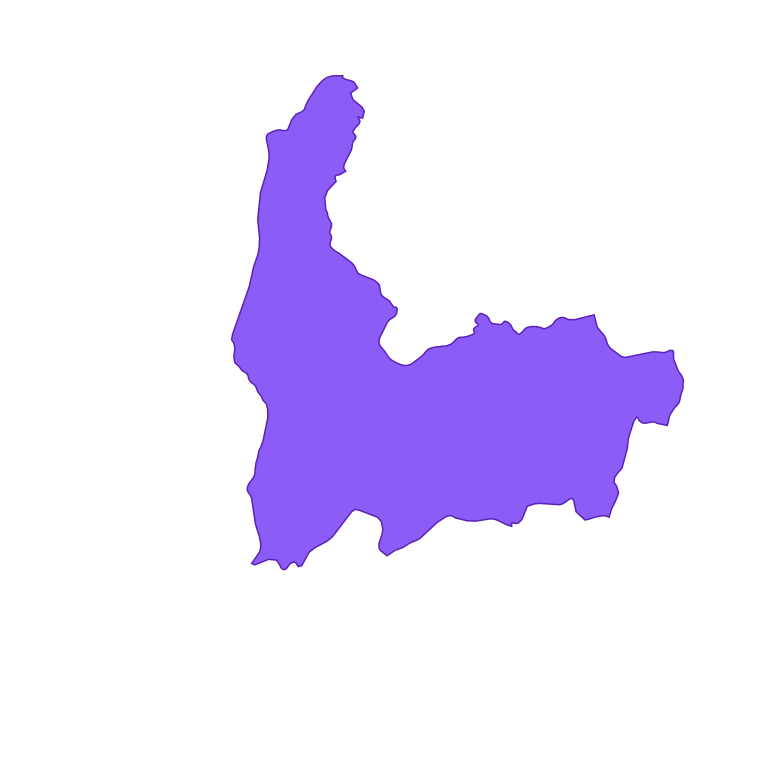 map outline of Bouenza (Natural Earth projection), rotated 43°
{"feature_id": "COG-2626", "entity_name": "Bouenza", "entity_type": "Region", "adm_level": 1, "iso_a3": "COG", "parent_name": "Republic of the Congo", "parent_adm1": "", "projection": "natural_earth1", "projection_center": [13.508, -4.119], "detail": "fine", "context": "isolated", "style": "filled", "palette": "violet", "viewbox_px": 768, "rotation_deg": 43, "n_neighbors": 0, "source": "natural_earth", "source_scale": "10m", "svg_char_len": 4694}
<svg xmlns="http://www.w3.org/2000/svg" viewBox="0 0 768 768"><g transform="rotate(43 384 384)"><path d="M495.0,508.2L492.4,507.4L489.2,504.2L485.2,495.5L482.5,491.4L476.1,486.5L470.2,485.8L451.9,493.2L448.6,495.3L447.4,499.2L450.5,531.4L449.5,537.8L445.0,551.3L444.0,558.6L447.8,573.0L445.9,575.9L443.8,575.6L441.4,574.8L439.0,576.2L437.8,579.9L438.6,586.0L437.1,588.4L434.6,588.7L428.0,586.5L425.2,586.3L419.2,590.9L412.9,604.3L409.6,605.5L409.6,605.4L409.4,604.2L408.0,594.4L407.5,591.9L406.4,589.4L404.6,586.8L401.7,584.0L396.8,580.5L385.5,574.1L364.6,557.5L362.3,556.6L357.7,555.6L355.7,554.2L354.0,551.7L353.0,548.0L352.4,542.2L351.8,539.7L350.2,536.9L347.2,533.3L344.1,528.8L341.2,523.0L338.3,518.7L336.8,513.9L334.3,508.0L322.1,488.1L315.9,481.6L311.7,478.8L306.9,478.5L302.4,476.6L300.2,476.2L298.0,476.1L295.9,475.3L291.5,473.1L289.4,473.0L285.2,473.5L283.1,473.1L280.9,472.1L279.0,470.7L276.9,470.0L274.7,470.2L272.5,470.8L270.3,470.9L265.6,470.0L261.0,470.2L258.4,468.8L255.4,466.2L250.9,459.9L247.8,457.5L245.3,456.1L243.5,455.9L242.2,455.4L239.3,450.8L218.8,404.3L208.8,387.3L203.4,375.2L199.7,369.4L193.5,362.1L180.5,350.7L178.5,348.6L163.1,328.2L152.7,307.3L146.2,297.5L144.1,295.2L139.6,291.2L130.9,285.1L129.2,283.1L128.5,280.5L130.2,275.8L131.9,272.5L133.7,269.9L135.6,268.4L137.6,267.4L139.2,265.9L140.1,263.6L136.6,254.5L136.0,251.9L135.8,246.5L138.2,241.0L138.6,238.2L135.3,229.2L132.1,212.2L132.0,206.4L132.3,202.8L132.9,200.1L133.6,197.9L136.1,193.9L143.6,186.7L144.5,188.3L148.0,187.5L153.7,184.4L156.3,183.7L162.8,185.4L161.2,193.9L167.3,197.2L178.9,196.5L183.6,198.0L187.0,204.2L183.0,206.5L187.4,208.3L188.4,211.3L188.2,215.5L189.0,220.4L190.1,221.3L193.8,221.8L195.0,222.5L195.8,224.3L196.1,228.0L196.8,229.5L199.2,232.7L200.5,235.0L204.9,250.2L207.1,253.5L210.8,254.6L208.9,261.0L207.7,262.5L206.4,265.0L207.6,266.7L210.8,268.5L210.8,281.0L213.6,288.1L222.5,296.2L225.9,297.4L226.7,298.3L229.4,300.0L236.2,302.5L238.1,304.6L239.2,306.9L240.1,309.1L241.5,310.5L242.7,311.0L244.2,311.6L245.7,312.5L246.8,314.3L247.8,316.5L249.2,318.6L251.3,320.0L254.0,320.3L257.3,320.1L262.5,319.0L277.5,317.4L279.7,317.5L282.1,317.9L289.0,320.7L292.5,320.0L305.3,315.0L309.6,314.4L313.0,314.7L319.4,319.6L321.5,320.7L324.2,320.8L331.3,319.5L336.8,320.8L338.9,321.0L340.6,319.5L342.4,320.1L343.7,321.8L345.2,324.1L345.8,326.6L345.3,329.1L344.6,331.7L344.2,334.2L344.4,336.8L349.2,352.8L350.5,355.3L352.3,357.3L354.3,358.4L356.5,359.0L360.9,359.4L370.2,361.5L373.3,361.3L378.3,360.2L382.5,358.6L386.2,356.7L387.3,355.8L388.9,353.7L390.3,351.0L392.6,338.6L392.7,336.0L392.5,330.9L392.7,328.4L394.0,325.4L396.3,322.0L404.0,313.1L405.9,308.9L406.3,306.0L406.3,303.2L406.4,300.8L407.4,298.4L410.2,295.6L412.5,292.4L414.8,288.0L415.5,285.9L415.4,284.8L413.1,283.7L412.1,282.8L411.9,281.3L412.8,277.3L412.8,276.8L412.4,276.4L411.3,276.2L409.8,276.3L408.4,276.1L407.1,275.3L406.6,273.7L406.2,268.2L406.2,267.4L406.4,266.7L407.3,266.0L408.7,265.4L412.5,264.2L414.7,264.4L416.7,264.8L417.9,265.6L419.3,266.1L421.2,266.0L423.2,265.1L428.0,261.6L429.3,260.2L429.3,256.8L429.7,255.5L432.3,254.5L434.4,254.3L436.4,254.4L440.9,256.0L442.3,256.2L445.2,255.8L446.7,256.2L448.0,256.0L449.2,255.1L449.6,252.2L449.5,247.7L449.8,245.7L451.4,243.1L453.3,240.7L457.3,237.4L459.8,236.0L463.1,234.6L464.1,233.4L465.0,231.5L466.4,227.3L466.6,224.6L466.4,222.5L466.1,220.9L466.3,219.1L466.7,217.6L467.3,215.9L468.4,214.5L469.8,213.0L472.4,211.9L474.5,211.4L479.5,207.1L490.5,190.1L500.7,196.8L503.5,197.4L511.6,198.3L515.1,199.5L519.6,202.1L522.6,203.1L525.2,203.5L537.4,202.2L540.1,201.4L542.3,200.1L558.5,177.4L560.8,175.2L566.6,170.8L568.2,169.0L570.3,164.3L572.3,162.5L574.1,163.3L577.6,167.1L579.5,168.6L590.5,173.8L596.7,175.1L600.8,177.3L602.7,180.1L604.9,182.3L606.4,184.8L608.9,190.2L611.0,193.5L612.4,196.2L612.8,198.7L612.7,203.5L614.1,211.1L615.2,214.0L617.4,217.2L618.7,219.6L619.4,221.4L618.2,221.8L610.9,226.4L608.7,227.0L606.5,228.1L602.5,233.7L599.8,236.2L595.5,236.8L592.7,235.6L591.4,235.8L592.1,240.9L599.8,257.1L606.0,265.4L615.5,283.3L615.6,289.2L616.3,294.7L619.0,298.8L624.5,300.4L629.9,303.7L633.1,311.5L635.8,320.7L639.5,327.9L636.0,329.3L633.6,331.3L629.5,337.0L625.0,344.7L623.6,346.4L611.6,346.4L602.3,339.9L599.8,339.3L598.3,341.1L596.9,347.9L596.0,350.7L594.1,353.1L579.4,365.0L575.6,369.3L572.2,375.8L577.3,389.1L577.0,394.7L572.2,398.6L574.4,401.0L569.8,403.3L560.2,406.1L556.3,407.9L553.3,410.6L544.7,421.6L538.1,427.3L527.7,433.2L523.4,434.1L521.8,435.7L520.4,437.6L519.8,438.8L517.3,448.7L515.7,471.2L515.0,474.6L511.6,482.2L510.8,484.8L509.6,489.7L508.6,492.2L505.6,497.9L503.4,507.5L503.1,507.6L495.0,508.2Z" fill="#8b5cf6" stroke="#5b21b6" stroke-width="1.5"/></g></svg>